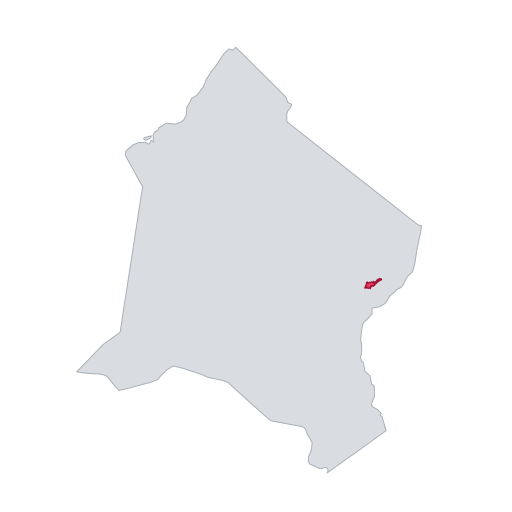 Lugari, Western, Kenya (highlighted), rotated 189°
{"feature_id": "3690345B14512896386362", "entity_name": "Lugari", "entity_type": "district", "adm_level": 2, "iso_a3": "KEN", "parent_name": "Kenya", "parent_adm1": "Western", "projection": "mercator", "projection_center": [34.875, 0.621], "detail": "fine", "context": "in_parent", "style": "filled", "palette": "rose", "viewbox_px": 512, "rotation_deg": 189, "n_neighbors": 0, "source": "geoboundaries", "source_scale": "gbopen_adm2", "svg_char_len": 5538}
<svg xmlns="http://www.w3.org/2000/svg" viewBox="0 0 512 512"><g transform="rotate(189 256 256)"><path d="M97.3,311.9L97.1,305.1L98.1,287.8L98.0,272.7L98.9,265.1L102.6,260.3L104.3,256.8L105.6,251.9L107.5,247.9L112.0,244.7L112.8,242.9L117.5,237.5L120.3,230.5L122.4,228.1L125.1,226.0L126.9,224.8L130.0,223.7L132.5,223.0L132.9,222.4L133.1,221.3L132.3,217.0L133.3,215.6L135.0,212.7L136.9,210.0L138.6,208.3L139.5,206.6L140.0,203.5L140.0,201.4L140.0,197.9L139.5,189.9L137.5,183.2L136.3,175.7L137.2,173.3L135.6,168.9L134.8,168.6L133.5,167.7L131.9,163.6L130.7,159.8L129.9,158.8L124.6,155.5L121.9,147.8L118.9,146.0L117.3,138.3L117.0,136.1L118.7,128.4L118.5,126.6L116.7,125.0L111.7,123.3L107.7,120.1L108.2,119.0L108.5,117.9L106.4,117.1L100.2,103.9L108.2,95.9L116.2,87.9L126.6,77.7L136.1,68.4L144.3,60.3L151.6,53.1L151.4,54.4L151.4,56.3L152.4,57.4L153.9,58.2L156.0,57.4L157.8,56.2L159.6,56.0L170.6,59.0L172.4,61.6L172.3,64.4L172.8,66.5L171.9,68.5L171.0,74.7L171.3,80.4L174.6,84.6L177.5,87.9L179.9,92.6L181.6,94.0L184.0,94.7L191.5,94.9L202.7,95.2L213.5,95.5L214.5,95.6L216.7,96.2L226.7,102.5L235.7,108.2L243.4,113.2L250.9,118.1L258.1,122.8L263.7,126.7L269.3,127.9L278.3,128.4L284.5,128.6L290.3,130.3L298.8,131.8L305.2,132.6L309.1,133.5L319.8,134.4L321.5,133.8L326.3,129.5L331.5,122.5L333.6,118.6L340.5,114.7L352.5,109.4L360.9,105.6L370.3,101.8L374.6,105.1L380.5,110.4L383.2,113.0L385.3,114.1L388.5,114.9L392.4,114.9L394.5,114.8L398.9,114.1L409.0,113.5L414.9,113.6L410.0,120.6L404.1,129.0L393.3,144.5L385.1,152.7L378.8,158.8L378.3,159.9L378.3,166.8L378.4,183.6L378.5,217.1L378.6,250.7L378.8,284.2L378.8,301.0L378.8,306.6L384.3,313.7L389.6,320.6L396.7,329.7L400.5,334.6L401.1,336.2L400.9,339.5L395.1,346.3L390.3,349.4L383.9,350.9L382.0,350.6L379.5,349.6L378.5,351.3L377.8,353.8L376.4,353.3L375.3,352.5L375.9,357.1L376.6,359.3L375.6,362.3L372.5,365.0L372.3,367.2L365.5,373.1L356.0,373.7L351.0,376.6L348.7,379.0L347.0,384.2L347.6,392.2L345.0,398.3L344.5,401.4L339.6,405.4L337.4,409.1L335.8,412.8L334.4,414.4L332.7,422.8L330.4,427.8L329.8,429.5L329.2,431.0L327.4,434.0L326.3,436.0L325.4,437.4L319.6,450.4L315.1,456.3L311.5,455.6L309.2,457.9L308.9,458.9L307.7,458.3L304.7,456.2L298.6,451.8L292.5,447.4L286.4,442.9L280.3,438.5L274.1,434.1L268.0,429.7L261.9,425.3L255.8,420.9L252.2,418.3L250.6,416.8L249.4,413.7L248.8,413.0L247.2,412.0L245.3,411.8L244.7,411.2L244.7,409.8L245.4,407.7L247.6,403.6L247.9,401.2L247.4,398.5L246.7,394.2L246.1,393.2L242.1,391.0L233.6,386.2L225.1,381.5L216.6,376.7L208.1,372.0L199.7,367.3L191.2,362.5L182.7,357.8L174.2,353.0L165.7,348.3L157.2,343.6L148.8,338.8L140.3,334.1L131.8,329.4L123.3,324.6L114.8,319.9L106.4,315.1L103.2,313.4L100.3,311.9L97.3,311.9ZM379.5,357.9L378.0,358.2L378.7,356.0L383.1,353.0L384.9,353.7L385.2,354.4L385.1,355.0L384.4,355.6L379.5,357.9Z" fill="#d9dde1" stroke="#a8b0b8" stroke-width="1"/><path d="M143.4,241.6L143.2,241.6L142.9,241.6L142.7,241.7L142.6,241.8L142.4,241.9L142.5,242.0L142.4,242.2L142.2,242.0L142.0,242.3L141.9,242.4L141.7,242.4L141.7,242.2L141.4,242.0L141.2,242.2L141.1,242.3L140.9,242.4L140.7,242.3L140.6,242.2L140.4,242.0L140.3,241.9L140.2,242.0L140.1,241.9L139.9,241.9L139.7,242.0L139.4,242.0L139.2,242.1L138.9,242.0L138.7,242.2L138.7,242.3L138.5,242.5L138.4,242.4L138.3,242.5L138.2,242.5L138.1,242.4L138.1,242.5L137.9,242.7L137.9,242.8L137.8,243.0L137.9,243.3L138.0,243.4L138.0,243.5L138.1,243.8L138.0,244.0L137.9,244.1L137.7,244.1L137.7,244.3L137.4,244.4L137.4,244.6L137.2,244.6L136.9,244.7L136.7,244.5L136.3,244.6L136.2,244.8L136.1,244.7L135.9,244.7L135.7,244.7L135.6,244.8L135.5,244.7L135.4,244.7L135.3,244.8L135.3,245.0L135.2,245.1L135.0,245.3L134.9,245.3L134.7,245.4L134.7,245.5L134.4,245.8L134.5,245.9L134.4,246.0L134.5,246.1L134.4,246.2L134.3,246.3L134.4,246.5L134.3,246.9L134.2,247.0L134.0,247.3L133.9,247.3L133.7,247.3L133.5,247.5L133.4,247.7L133.3,247.8L133.2,247.8L133.1,248.0L132.9,248.1L133.1,248.3L133.4,248.5L133.2,248.6L132.8,248.7L132.7,248.8L132.5,249.0L132.3,249.0L132.2,249.1L131.9,249.3L131.8,249.5L131.7,249.5L131.6,249.8L131.4,250.0L131.1,250.3L131.0,250.5L130.9,250.6L130.7,250.5L130.5,250.8L130.4,251.1L130.3,251.3L130.1,251.4L130.1,251.5L129.9,251.7L129.7,251.6L129.3,251.9L129.2,251.9L129.1,251.7L128.9,251.8L128.8,252.0L128.7,252.1L128.7,252.3L128.5,252.5L128.6,252.8L128.8,252.8L129.2,252.7L129.3,252.6L129.5,252.6L129.8,252.7L129.9,252.8L130.0,252.8L130.3,253.0L130.6,252.8L130.8,252.8L130.9,252.6L130.9,252.4L131.0,252.1L131.1,251.9L131.2,251.7L131.3,251.6L131.4,251.4L131.5,251.4L131.6,251.2L131.8,251.1L132.0,251.1L132.2,250.9L132.3,251.0L132.3,250.9L132.4,251.0L132.5,251.1L132.7,250.9L132.8,250.8L132.8,250.7L133.0,250.5L133.1,250.4L133.2,250.2L133.2,249.8L133.2,249.6L133.5,249.3L133.7,249.1L133.8,249.0L134.0,249.0L134.2,248.9L134.3,248.9L134.5,248.9L134.8,248.8L135.1,248.8L135.2,248.7L135.3,248.7L135.5,248.6L135.8,248.5L135.8,248.4L135.9,248.5L135.9,248.4L136.0,248.5L136.0,248.4L135.9,248.3L135.9,248.2L136.2,248.1L136.3,248.0L136.4,247.9L136.5,247.9L136.5,248.0L136.4,248.0L136.5,248.1L136.8,248.0L136.6,247.8L136.9,247.9L137.3,248.2L137.6,248.4L138.3,247.9L138.7,247.8L138.8,247.7L139.0,247.7L139.3,247.6L139.6,247.7L139.8,247.4L139.9,247.2L140.0,247.1L140.4,247.0L140.5,246.9L140.9,246.6L142.0,247.5L142.1,247.4L142.2,247.2L142.3,247.1L142.4,246.9L142.5,246.9L142.5,246.7L142.5,246.4L142.6,246.2L142.5,245.8L142.5,244.9L142.4,244.7L142.5,244.6L142.6,244.4L142.8,244.2L143.0,243.8L143.1,243.4L143.1,243.0L143.1,242.9L143.1,242.7L143.1,242.2L143.2,241.9L143.4,241.7L143.4,241.6Z" fill="#f43f5e" stroke="#9f1239" stroke-width="1.5"/></g></svg>